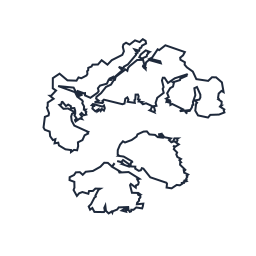 the district of Hadsel nor, Nordland, Norway, rotated 198°
{"feature_id": "86288312B40270143357623", "entity_name": "Hadsel nor", "entity_type": "district", "adm_level": 2, "iso_a3": "NOR", "parent_name": "Norway", "parent_adm1": "Nordland", "projection": "mercator", "projection_center": [15.018, 68.501], "detail": "fine", "context": "isolated", "style": "outline", "palette": "slate", "viewbox_px": 256, "rotation_deg": 198, "n_neighbors": 0, "source": "geoboundaries", "source_scale": "gbopen_adm2", "svg_char_len": 5882}
<svg xmlns="http://www.w3.org/2000/svg" viewBox="0 0 256 256"><g transform="rotate(198 128 128)"><path d="M97.4,217.8L118.0,218.2L122.4,211.7L124.1,212.0L126.8,202.5L128.6,200.7L118.0,201.4L116.8,199.7L129.1,199.2L131.1,196.0L130.7,191.9L131.2,190.8L128.7,190.7L130.0,190.6L129.5,189.4L132.8,191.1L132.9,192.8L132.1,191.4L131.7,192.8L134.8,197.5L140.3,195.5L145.6,187.3L146.5,185.2L146.3,182.2L148.5,182.9L155.5,172.8L155.3,169.7L156.4,168.9L157.6,164.0L161.6,160.3L164.4,152.8L167.6,147.9L167.4,146.1L164.4,145.0L167.7,142.2L159.9,143.9L159.6,145.0L160.7,145.8L159.7,147.5L140.6,148.9L138.9,150.2L139.6,155.0L138.1,156.9L136.4,155.2L136.4,152.8L129.3,154.0L130.5,156.5L129.9,157.4L131.1,162.1L128.9,162.9L127.7,161.5L127.3,158.3L125.8,158.5L126.1,156.5L122.4,157.1L123.2,156.2L121.2,155.2L118.5,157.1L111.8,156.3L112.0,152.5L112.9,151.5L107.8,151.1L108.3,151.6L107.6,152.7L109.4,155.5L111.4,156.2L107.8,157.9L109.5,160.4L109.5,165.8L104.9,172.5L107.1,175.9L106.8,177.9L110.4,183.7L110.4,186.6L108.8,187.1L103.9,183.2L98.9,189.7L87.9,197.7L88.9,196.3L88.5,195.6L93.5,191.1L93.4,189.6L99.4,185.4L98.3,185.1L98.0,181.3L100.2,179.0L101.5,173.2L98.8,170.0L100.8,167.7L99.8,167.6L99.5,164.7L96.7,166.5L98.7,167.2L96.7,167.2L96.4,166.4L97.2,164.9L95.5,165.0L94.8,163.0L93.3,164.5L81.7,162.8L83.9,160.0L77.1,163.1L78.2,161.0L76.3,159.8L77.2,160.6L77.2,162.3L74.6,163.3L73.6,167.3L73.9,169.6L73.0,170.3L74.3,172.7L74.1,180.1L77.2,186.3L75.1,188.3L69.5,182.1L68.6,179.3L69.0,177.0L73.1,174.8L70.1,173.4L70.7,172.0L69.4,165.3L65.3,161.6L55.1,162.7L53.8,165.9L45.6,168.9L41.1,172.6L42.3,174.1L42.1,175.4L46.9,176.7L46.2,177.8L46.9,177.5L46.3,179.3L47.1,182.0L51.1,183.2L50.7,183.8L51.7,184.6L52.4,188.8L50.5,192.2L48.2,191.7L52.8,200.4L59.9,203.4L63.8,202.2L66.3,197.6L78.1,195.6L83.8,201.7L90.8,203.9L93.7,205.7L94.2,208.1L99.2,209.1L100.1,211.0L98.1,214.1L97.4,217.8ZM158.2,206.0L158.0,203.5L155.6,199.7L156.0,195.8L164.4,187.5L167.1,181.9L174.0,184.3L176.2,179.1L181.3,177.3L181.7,175.2L184.4,172.9L183.7,170.6L184.4,169.4L183.3,166.9L183.7,165.1L187.8,160.9L190.7,160.8L191.6,157.1L200.3,154.6L209.9,158.5L214.9,152.2L211.8,142.5L208.0,141.4L211.1,134.9L212.2,134.5L207.8,132.8L212.2,127.4L211.1,123.9L211.4,122.3L207.7,117.7L207.4,115.4L210.5,112.9L208.5,102.4L206.6,100.6L201.4,100.4L199.5,96.1L195.7,93.3L193.6,94.9L193.1,90.7L189.8,92.5L188.3,90.1L180.9,88.4L175.4,89.4L174.8,87.5L172.6,90.5L169.5,91.1L169.8,95.4L171.2,98.9L167.6,102.4L167.0,107.7L164.3,110.3L165.0,111.0L164.5,112.0L179.8,113.7L183.8,117.5L185.6,121.3L185.6,124.3L184.2,125.4L185.2,126.9L191.1,128.0L195.3,126.3L200.4,128.8L198.8,129.9L199.0,132.2L198.3,132.6L193.8,129.7L192.1,131.8L189.1,131.1L188.4,129.1L185.2,130.4L183.6,128.2L182.6,125.3L182.8,123.4L179.9,121.3L180.9,119.2L179.9,118.0L176.8,122.1L174.6,122.3L175.8,123.1L175.3,124.7L177.7,126.3L176.8,128.0L174.0,126.5L171.7,127.9L172.9,129.4L172.6,130.4L174.3,131.3L173.8,132.5L175.7,131.9L176.4,134.9L179.2,137.5L179.1,139.1L180.0,140.1L185.9,142.1L189.5,145.7L207.4,146.3L192.2,149.6L185.1,142.8L182.9,144.6L187.2,145.4L187.2,147.6L183.7,147.5L185.5,146.0L184.6,145.2L179.7,147.9L178.9,145.7L173.1,145.1L167.8,152.2L167.3,154.0L168.9,156.5L167.7,159.7L161.8,163.6L161.3,167.8L159.5,168.3L160.7,169.4L158.4,171.6L158.3,170.0L157.5,170.6L151.2,181.3L155.7,183.3L150.5,183.3L150.9,185.0L147.7,188.5L142.9,200.3L143.6,201.2L142.1,202.5L142.4,204.2L144.4,203.5L146.1,204.8L141.2,205.0L141.5,207.6L140.3,208.4L140.1,210.7L136.9,213.9L138.2,216.3L141.4,217.0L143.5,213.3L148.4,213.5L152.3,207.8L156.2,208.5L158.2,206.0ZM72.9,83.3L67.9,84.1L64.1,88.9L61.0,89.5L59.2,91.7L59.7,92.4L57.9,93.1L58.3,93.9L56.1,95.4L57.7,95.8L56.3,97.0L57.0,97.9L56.5,99.9L57.4,100.6L56.4,102.3L60.8,102.9L61.9,105.0L60.8,105.2L60.5,105.9L67.1,109.1L67.7,111.3L67.0,111.8L69.2,113.3L68.1,114.9L72.1,115.7L73.9,117.8L73.7,119.9L77.9,122.0L77.7,124.0L79.5,125.1L77.3,124.8L74.6,128.1L79.4,129.5L77.4,130.0L77.1,131.6L78.0,132.8L77.4,133.5L80.7,132.4L80.8,129.0L82.3,127.8L85.3,129.2L84.0,131.3L91.0,130.4L91.4,131.0L94.0,132.8L92.1,129.5L95.1,128.9L94.3,130.6L95.4,131.6L94.5,131.7L94.6,132.7L96.5,131.6L95.3,129.2L96.9,128.5L100.1,129.8L105.7,128.5L109.0,130.6L112.1,129.4L117.0,124.9L117.2,122.5L120.8,117.7L126.4,113.3L128.7,113.8L130.4,109.7L130.9,103.8L129.7,99.8L128.4,99.1L128.8,98.5L123.3,99.5L113.9,97.5L113.5,97.1L114.5,95.5L113.9,92.7L113.5,92.3L109.1,93.5L108.6,91.6L104.5,90.6L102.7,91.8L102.4,94.1L100.8,94.1L91.6,88.0L74.6,87.8L73.7,87.1L72.9,83.3ZM138.8,38.6L137.2,40.9L134.0,37.8L124.9,40.6L124.4,42.2L125.9,44.6L125.6,47.2L123.4,42.4L120.0,40.8L117.7,43.6L116.7,42.6L116.7,44.1L113.1,47.1L112.3,49.6L103.4,52.9L102.7,51.3L105.5,51.2L108.4,47.6L104.0,47.8L104.6,48.6L103.6,49.4L104.4,49.7L103.1,51.0L100.4,48.8L99.3,49.7L99.6,51.3L97.5,51.9L95.6,55.0L89.7,55.9L89.7,58.0L90.1,60.8L96.0,58.2L96.2,59.8L95.0,62.3L95.6,63.9L94.8,65.8L95.3,67.4L97.5,67.5L98.3,68.4L96.6,68.9L98.2,69.4L104.2,67.6L108.4,74.3L108.0,75.7L102.2,73.7L102.7,75.8L100.9,77.4L101.0,79.7L103.4,82.1L101.4,83.2L113.8,86.3L122.4,83.0L122.8,83.4L121.6,84.1L131.2,86.2L130.1,89.4L130.3,89.5L131.2,86.3L136.4,88.6L139.9,87.6L142.3,82.6L148.1,76.3L154.7,73.3L156.6,69.5L160.2,71.1L163.9,69.7L164.8,66.6L168.3,63.2L167.5,60.4L162.4,60.2L160.5,54.7L160.6,52.2L155.6,47.6L154.3,50.8L151.6,53.0L145.4,53.2L145.6,56.0L141.9,57.3L140.3,60.3L135.6,61.7L137.0,60.1L138.1,53.6L137.4,52.8L138.4,51.4L139.6,44.2L141.1,41.2L138.8,38.6ZM164.2,133.8L162.1,136.4L162.0,134.5L160.1,136.7L159.2,135.8L158.7,138.0L156.3,137.1L156.2,139.7L157.8,142.0L158.7,140.5L168.8,140.0L169.5,138.5L166.1,138.9L168.0,137.9L167.9,135.5L164.2,133.8ZM136.2,198.4L132.3,201.9L132.6,203.5L131.7,205.4L132.2,205.8L130.9,207.1L135.1,207.3L138.6,201.9L139.1,198.8L136.2,198.4ZM122.4,91.8L115.3,91.6L115.7,93.1L115.0,93.6L122.8,96.0L123.8,93.6L128.1,93.2L123.7,93.4L121.6,92.4L122.4,91.8Z" fill="none" stroke="#1e293b" stroke-width="2"/></g></svg>